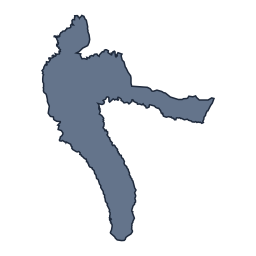 Likila, Butha-Buthe, Lesotho
{"feature_id": "5366337B33433866284044", "entity_name": "Likila", "entity_type": "district", "adm_level": 2, "iso_a3": "LSO", "parent_name": "Lesotho", "parent_adm1": "Butha-Buthe", "projection": "albers", "projection_center": [28.423, -28.762], "detail": "fine", "context": "isolated", "style": "filled", "palette": "slate", "viewbox_px": 256, "rotation_deg": 0, "n_neighbors": 0, "source": "geoboundaries", "source_scale": "gbopen_adm2", "svg_char_len": 5700}
<svg xmlns="http://www.w3.org/2000/svg" viewBox="0 0 256 256"><path d="M125.3,239.3L125.8,237.5L127.5,236.1L130.9,234.0L132.4,231.8L132.4,230.7L131.5,229.0L131.8,228.2L131.7,226.1L132.0,225.5L131.8,223.8L132.8,222.4L132.8,221.5L134.4,218.2L132.4,212.7L132.8,211.8L131.8,211.2L131.8,210.1L133.0,206.0L134.6,204.1L134.6,202.7L135.5,202.1L135.5,200.2L135.0,199.2L134.9,198.0L135.5,196.9L135.7,195.5L134.6,192.8L136.0,190.0L134.7,188.1L132.9,181.0L131.9,179.8L131.9,178.9L130.4,177.2L130.6,176.5L129.3,174.8L129.5,173.1L128.4,170.6L128.3,169.6L126.7,167.4L126.7,166.6L124.6,164.8L124.0,163.1L124.4,161.5L122.9,158.5L121.8,157.9L121.3,156.4L121.3,155.4L119.4,154.7L119.2,153.5L118.1,152.6L118.2,151.7L117.3,150.6L117.5,149.3L115.5,147.1L115.0,145.9L113.9,145.0L112.9,145.6L112.1,144.8L112.0,143.6L112.3,142.8L111.2,141.5L110.8,141.6L110.5,141.2L110.3,140.1L109.7,139.3L109.7,137.8L108.8,137.5L107.0,134.8L107.7,133.9L107.6,131.8L106.8,131.5L106.2,130.1L105.8,130.2L105.9,130.8L104.9,130.7L105.0,129.9L103.2,128.0L103.1,127.2L103.7,126.6L104.1,124.5L104.0,122.7L103.1,121.5L103.7,120.5L103.1,119.6L103.7,118.8L103.6,118.1L101.6,115.4L99.3,114.1L100.3,111.2L99.0,109.1L98.9,108.5L99.9,108.7L99.6,108.1L98.9,107.8L98.9,106.9L99.3,106.8L98.7,104.4L98.0,103.5L102.0,104.5L103.8,103.7L104.4,102.0L103.1,100.4L105.6,99.2L106.5,97.2L107.7,96.9L108.8,97.5L109.0,101.4L109.7,102.1L113.2,98.9L113.8,99.1L114.6,100.0L116.0,99.3L118.0,100.2L118.6,99.7L117.6,98.3L118.0,97.3L118.8,97.4L120.8,98.7L121.3,99.4L121.1,100.5L122.7,101.3L124.0,102.9L127.1,102.3L128.0,102.7L128.7,103.8L129.4,103.7L131.3,101.8L131.9,101.6L131.8,100.0L132.6,99.7L133.2,100.1L133.9,101.5L135.8,102.5L136.8,102.6L137.5,104.2L139.5,104.0L142.0,104.9L143.1,103.8L144.5,105.8L145.4,105.9L146.2,107.9L147.3,107.9L149.1,107.0L149.3,105.1L149.8,104.7L154.5,106.0L155.7,107.4L157.5,108.2L158.8,108.3L159.8,109.9L160.4,110.2L161.3,113.1L162.6,113.2L162.8,113.6L162.4,114.1L163.1,114.9L163.4,116.1L165.4,116.9L166.3,117.2L168.8,116.6L170.3,117.2L171.1,116.9L171.7,117.8L173.9,118.5L174.1,119.3L174.6,119.8L175.9,119.7L176.2,118.1L177.0,117.7L178.3,118.0L179.8,117.7L180.5,118.5L181.6,118.4L184.3,119.8L187.3,119.2L188.7,120.3L191.3,121.0L192.2,121.9L194.6,122.1L195.7,121.6L196.9,122.5L198.2,122.0L199.2,122.4L200.3,122.2L201.8,123.3L203.4,122.5L202.8,121.4L203.8,119.3L204.0,117.2L205.5,115.4L205.7,114.0L207.1,111.0L207.9,110.8L210.5,105.6L212.3,103.1L214.0,98.5L211.7,97.9L208.1,100.0L199.3,100.0L196.5,97.4L195.6,95.9L192.8,96.8L188.8,96.2L187.7,98.1L186.8,98.5L183.5,98.7L182.2,99.5L178.3,99.5L170.3,97.0L165.5,93.1L163.5,92.6L161.8,91.5L156.9,90.1L153.6,91.2L152.1,91.2L150.1,88.7L147.3,87.3L131.7,86.2L131.0,83.3L131.0,78.0L130.6,75.8L128.1,72.3L126.0,67.9L125.3,67.1L124.0,61.9L122.2,60.1L121.2,56.2L121.2,55.5L122.0,54.1L118.0,52.7L116.9,54.5L117.3,55.8L117.0,56.1L116.5,56.0L116.0,56.9L115.3,55.9L115.6,55.0L115.1,54.0L115.0,51.8L114.5,51.2L113.0,51.7L113.1,52.7L111.3,53.1L111.8,54.3L111.7,54.8L111.3,54.9L108.0,52.6L108.4,50.8L106.5,49.8L105.7,49.7L104.4,50.2L103.8,51.8L102.5,51.7L101.7,52.3L99.2,55.2L99.1,56.3L97.6,55.4L96.9,54.0L94.9,54.2L94.3,54.4L93.3,56.0L91.7,55.5L89.6,56.4L89.8,57.5L89.2,58.0L86.8,57.4L87.2,58.6L86.9,59.3L84.2,58.5L82.0,58.8L80.5,55.8L80.3,55.0L80.8,53.9L76.3,53.0L79.2,51.5L82.7,48.1L87.7,45.6L89.1,42.5L89.7,39.5L89.1,34.9L87.8,31.4L88.0,30.6L87.5,28.7L87.7,26.8L86.3,20.2L85.1,19.1L84.0,16.5L83.5,16.6L83.4,16.1L81.8,15.4L80.3,17.5L79.6,17.4L79.3,18.1L79.0,17.3L78.0,16.8L78.0,16.2L77.3,15.6L74.7,15.8L74.9,17.1L74.5,17.7L74.5,19.7L72.9,19.5L72.0,20.5L72.2,23.6L73.4,24.9L72.6,24.9L72.2,24.2L71.6,24.1L70.6,25.2L70.8,26.9L70.5,27.5L69.2,28.1L66.8,28.3L66.8,29.1L66.1,29.4L65.0,30.9L62.7,31.2L61.9,32.2L60.8,32.7L59.8,34.6L59.6,36.5L59.2,36.7L58.2,35.9L58.0,37.1L57.5,37.2L57.0,37.1L56.7,36.3L54.6,35.9L54.1,36.2L54.2,36.6L54.8,36.3L55.6,37.5L56.5,37.7L57.0,39.8L57.8,40.7L57.6,42.0L58.3,42.6L57.9,43.1L58.4,43.5L58.2,44.1L57.1,45.0L56.7,44.7L56.7,45.6L57.2,45.6L57.1,46.2L57.7,46.9L59.0,47.4L58.8,48.4L60.4,49.6L60.0,50.3L60.3,51.3L59.0,51.3L59.1,52.4L59.6,52.8L59.4,53.9L56.9,54.3L55.3,53.7L56.0,55.3L55.6,56.1L54.7,56.4L53.8,55.3L52.6,55.4L52.2,55.9L53.2,56.2L53.4,57.1L52.8,57.6L51.0,58.2L49.7,57.9L48.8,58.1L48.9,58.9L50.0,59.0L50.4,59.6L48.7,62.1L46.5,61.7L46.4,62.8L47.1,64.4L46.9,65.0L46.4,65.1L46.1,64.1L45.4,64.4L43.9,67.1L43.6,68.8L42.0,70.7L42.8,71.6L43.0,72.6L42.5,73.5L43.6,74.8L43.0,75.8L42.7,79.0L42.8,81.9L43.6,83.3L43.6,87.0L43.2,87.7L43.6,88.7L43.4,90.9L44.0,92.4L46.0,94.0L46.5,95.3L47.4,99.5L47.4,101.6L49.3,106.1L48.2,113.2L50.4,116.4L53.4,116.9L53.7,119.3L54.4,120.0L56.8,121.3L60.3,121.6L60.3,122.5L57.7,125.1L59.2,125.8L58.7,126.8L58.1,129.5L61.4,130.6L62.9,132.9L62.9,134.0L62.0,135.6L60.3,137.0L60.1,138.5L59.4,139.9L59.6,140.7L61.2,141.1L62.6,140.5L64.9,142.0L65.8,142.1L66.0,142.8L66.5,142.1L70.7,144.3L71.1,146.0L71.9,146.7L71.9,148.5L72.5,148.9L72.6,149.4L76.4,151.7L77.5,151.9L78.6,151.5L79.3,151.9L80.2,152.9L79.8,154.4L81.2,154.9L81.4,155.8L82.6,156.6L84.1,158.2L85.5,159.1L86.1,159.0L86.6,160.4L86.5,161.7L87.7,162.1L88.0,163.5L88.8,164.8L88.8,165.5L89.8,167.0L92.2,167.9L92.1,168.7L94.1,170.6L94.7,173.5L96.0,175.1L96.6,178.5L98.2,179.5L99.5,184.0L100.8,185.7L100.7,187.5L103.2,191.4L103.4,193.8L104.6,195.0L104.5,197.2L105.0,198.2L105.5,201.5L107.5,203.9L107.1,205.0L109.6,209.9L109.2,211.7L110.0,212.4L110.1,214.6L109.7,215.7L109.8,217.1L109.4,217.6L109.7,218.3L110.9,218.6L111.1,219.1L109.6,219.0L109.6,219.5L109.7,220.1L110.5,220.5L110.7,221.2L110.4,221.9L111.1,222.5L111.0,223.4L111.9,224.2L112.2,225.9L111.5,229.9L110.4,232.4L110.6,233.2L114.7,236.8L115.3,238.1L117.2,239.9L121.6,240.6L124.2,240.4L125.3,239.3Z" fill="#64748b" stroke="#1e293b" stroke-width="1.5"/></svg>